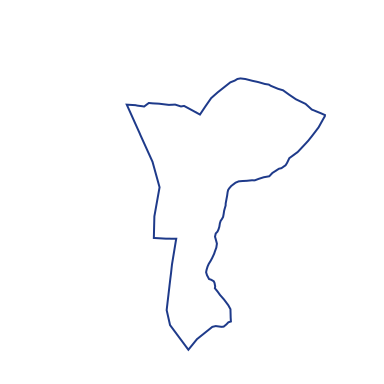 As Salam - SD, Southern Darfur, Sudan (Robinson projection), rotated 212°
{"feature_id": "16777658B71256064026626", "entity_name": "As Salam - SD", "entity_type": "district", "adm_level": 2, "iso_a3": "SDN", "parent_name": "Sudan", "parent_adm1": "Southern Darfur", "projection": "robinson", "projection_center": [24.695, 11.734], "detail": "fine", "context": "isolated", "style": "outline", "palette": "blue", "viewbox_px": 384, "rotation_deg": 212, "n_neighbors": 0, "source": "geoboundaries", "source_scale": "gbopen_adm2", "svg_char_len": 1718}
<svg xmlns="http://www.w3.org/2000/svg" viewBox="0 0 384 384"><g transform="rotate(212 192 192)"><path d="M200.0,132.8L189.4,138.6L180.6,144.0L180.0,142.5L177.7,137.0L170.6,120.0L166.8,112.1L164.3,106.7L152.8,82.4L150.9,78.4L140.1,67.5L111.5,56.3L109.8,69.9L103.3,88.4L100.8,90.9L95.5,93.3L93.8,94.6L92.8,97.6L92.7,97.9L92.1,100.8L90.4,102.8L92.6,105.9L94.5,108.8L97.3,113.0L101.2,115.2L107.9,117.8L113.6,119.5L117.5,121.1L121.6,122.5L122.3,124.2L124.7,126.8L126.2,127.8L127.7,127.8L129.6,127.7L131.4,127.2L135.2,129.4L137.5,131.4L138.4,133.7L139.3,137.1L139.7,140.0L139.7,143.2L139.9,146.6L140.5,151.4L141.1,153.8L141.9,157.7L143.5,161.4L145.4,163.2L148.8,166.3L149.9,169.4L149.4,171.9L149.7,174.3L150.4,177.0L151.8,180.3L152.4,182.7L152.3,184.9L152.4,187.3L153.5,190.1L154.8,193.1L155.5,195.4L156.3,198.3L157.4,200.2L160.3,207.6L161.7,210.7L162.4,212.8L162.4,214.7L161.9,218.0L160.0,223.0L158.0,225.8L155.1,228.0L151.5,230.5L147.4,233.7L145.0,235.1L142.4,238.5L139.0,242.5L134.8,246.3L133.9,250.8L130.6,257.8L128.8,259.6L126.8,264.3L126.8,267.0L127.4,272.3L123.5,282.1L120.6,297.0L119.8,304.1L118.9,313.9L119.4,323.5L119.5,326.6L120.0,327.7L124.3,327.1L134.1,325.4L142.4,326.9L153.0,325.7L161.0,326.0L168.7,326.5L173.7,325.1L181.5,323.8L183.8,323.8L187.5,322.2L193.5,320.5L195.3,319.9L199.4,318.4L206.6,316.1L211.1,314.0L213.4,311.9L214.8,309.1L217.6,305.3L223.0,290.2L225.5,281.8L226.0,271.8L226.3,261.9L236.4,261.3L244.3,260.8L246.7,258.7L252.6,257.2L257.8,253.6L266.8,249.4L272.2,246.4L275.8,244.6L277.9,239.1L279.6,238.4L283.9,236.4L286.1,235.6L293.6,231.5L286.1,226.5L276.7,220.2L266.8,213.6L266.3,213.2L241.5,196.7L222.0,178.8L211.0,151.4L200.0,132.8Z" fill="none" stroke="#1e3a8a" stroke-width="2"/></g></svg>